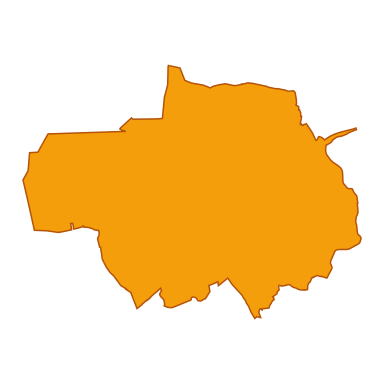 Vught, Noord-Brabant, Netherlands
{"feature_id": "6326949B95896723363367", "entity_name": "Vught", "entity_type": "district", "adm_level": 2, "iso_a3": "NLD", "parent_name": "Netherlands", "parent_adm1": "Noord-Brabant", "projection": "orthographic", "projection_center": [5.254, 51.651], "detail": "fine", "context": "isolated", "style": "filled", "palette": "amber", "viewbox_px": 384, "rotation_deg": 0, "n_neighbors": 0, "source": "geoboundaries", "source_scale": "gbopen_adm2", "svg_char_len": 5774}
<svg xmlns="http://www.w3.org/2000/svg" viewBox="0 0 384 384"><path d="M349.3,248.9L358.5,243.9L358.9,243.5L359.4,243.0L360.1,241.9L360.9,239.1L361.0,238.7L360.9,237.7L360.8,237.3L360.3,236.5L359.7,235.8L358.3,234.6L357.6,233.7L357.2,231.0L356.6,225.1L356.3,224.2L355.8,222.1L355.8,221.1L355.8,219.8L356.1,218.7L356.1,218.2L355.9,217.9L357.8,213.3L358.0,212.2L357.8,209.3L357.3,203.2L357.8,203.1L357.1,198.0L356.8,196.2L356.6,195.7L356.2,195.2L354.2,192.8L353.4,191.4L352.4,189.1L352.2,188.8L351.8,188.7L348.6,188.6L348.1,188.4L347.4,188.1L347.1,187.9L343.4,183.3L343.2,182.8L343.1,182.3L342.9,181.4L342.7,175.6L342.5,172.4L342.4,171.7L342.2,170.8L341.7,169.6L341.4,169.1L340.8,168.1L340.1,167.4L339.3,166.7L337.8,165.6L337.4,165.2L332.8,162.1L331.2,160.6L330.7,160.0L330.5,159.9L327.4,155.7L326.8,154.8L326.6,154.3L326.0,152.8L325.7,151.2L325.6,150.5L326.0,145.4L330.8,142.6L331.3,142.1L332.8,140.0L334.9,138.4L337.0,137.0L338.3,136.8L338.4,136.6L340.7,136.3L340.9,136.4L341.1,136.3L340.9,136.2L342.4,135.8L343.8,135.3L346.6,134.1L349.4,132.5L350.8,131.9L356.5,129.6L355.9,128.0L352.9,129.1L351.5,129.4L342.4,131.7L339.5,132.5L335.3,133.9L332.5,135.1L329.9,136.4L328.6,137.2L326.1,138.8L324.5,140.0L323.6,138.9L322.8,138.3L321.5,137.4L319.2,136.6L318.6,136.7L317.4,139.5L317.2,139.7L315.8,140.3L314.4,137.1L313.6,135.5L313.1,134.3L312.5,133.1L311.2,131.0L306.3,123.7L304.9,124.3L304.4,124.5L303.8,124.5L303.5,124.8L303.2,125.3L302.4,125.4L302.3,125.1L301.9,124.8L301.5,124.8L301.4,124.1L300.5,124.4L300.7,123.6L300.4,122.8L300.5,122.5L301.2,119.2L301.4,117.8L301.6,116.3L300.7,116.2L300.7,112.8L300.3,112.1L299.8,110.6L299.6,109.8L298.6,109.8L298.7,109.3L298.7,106.6L297.5,106.0L295.9,105.0L296.2,104.6L296.4,104.1L296.5,103.6L296.5,103.0L296.3,99.6L295.7,95.7L295.4,94.1L295.2,92.8L294.8,92.1L293.7,90.9L293.3,90.8L292.9,90.8L289.6,91.2L288.4,91.2L287.2,90.9L285.4,90.1L283.4,89.8L278.2,88.7L277.5,88.6L277.2,88.6L276.9,88.8L276.5,88.9L267.9,87.1L267.6,87.0L266.2,86.1L265.9,86.2L251.8,83.2L251.7,83.5L248.3,82.8L247.1,83.0L244.1,83.9L243.3,83.9L242.2,84.4L241.9,83.9L240.7,84.5L239.4,84.9L235.9,85.5L234.9,85.6L234.3,85.6L233.5,85.5L226.1,83.9L224.9,83.8L224.4,83.9L219.0,84.8L213.8,86.1L212.2,86.8L210.3,87.9L207.6,86.8L203.5,85.2L196.9,84.0L193.3,83.4L191.5,83.0L189.2,82.2L184.8,80.3L180.0,68.0L168.4,65.5L168.1,66.7L167.8,79.9L167.6,85.1L167.5,85.6L164.4,97.2L162.4,118.5L156.0,118.9L133.9,119.2L133.5,119.2L132.9,119.1L132.5,118.9L132.2,118.7L131.5,117.9L131.2,118.2L128.4,120.7L120.6,127.9L120.3,128.2L120.0,128.9L119.9,129.0L122.1,130.4L124.1,130.6L124.7,130.9L125.0,131.4L64.2,133.4L58.7,133.6L48.1,133.9L46.0,137.5L37.9,152.2L29.6,152.7L28.1,170.7L23.0,180.0L27.1,197.5L34.4,230.3L46.9,230.8L56.6,232.2L58.7,232.4L63.7,231.5L71.6,229.8L71.3,228.6L71.6,228.5L71.5,227.9L70.6,223.5L71.8,223.5L72.7,223.4L73.9,229.1L74.0,229.1L77.3,228.3L81.5,227.1L82.9,226.6L83.1,225.9L83.5,226.2L83.9,227.2L87.3,227.3L88.5,227.5L92.2,228.6L92.9,228.9L94.1,229.7L94.7,229.9L95.5,230.1L98.7,230.5L98.7,230.8L98.8,231.0L99.2,233.4L99.1,234.8L99.0,235.4L98.3,236.7L97.9,237.6L97.7,238.2L97.6,239.0L99.3,245.8L99.5,247.0L99.9,247.1L101.3,247.7L101.2,247.7L101.0,247.8L100.8,248.2L100.7,248.7L101.2,250.7L101.1,251.3L101.2,252.0L101.5,253.0L102.1,257.8L102.1,258.0L102.4,259.2L102.5,259.7L106.1,266.7L106.5,267.5L106.9,268.1L110.1,272.5L113.9,276.1L116.1,279.2L116.5,279.8L116.6,279.7L118.0,281.6L119.9,284.4L120.9,285.6L121.6,286.1L124.5,287.8L125.1,288.1L124.9,288.2L126.8,289.6L126.5,289.7L129.3,291.6L129.6,291.6L131.2,292.8L131.3,293.2L131.1,293.5L136.5,307.2L136.8,308.2L137.0,308.6L141.2,305.3L142.5,304.0L142.4,303.9L145.8,301.2L145.7,301.1L147.1,299.9L147.4,299.7L147.6,299.7L147.7,300.0L150.1,297.9L150.3,297.7L150.0,297.5L160.7,288.2L161.1,289.9L161.5,290.7L160.3,292.7L159.8,293.7L159.8,294.3L159.9,295.0L160.2,295.7L160.9,296.8L163.1,299.0L163.5,299.5L163.8,299.7L164.5,303.1L164.6,304.4L164.6,305.1L164.1,305.8L167.8,307.4L168.5,307.4L170.3,307.6L172.4,307.6L190.2,300.3L190.5,300.4L190.9,300.0L191.2,299.5L191.3,299.1L191.5,297.6L192.8,297.0L193.6,297.0L194.0,297.1L195.4,297.6L196.2,298.0L196.6,298.4L197.2,299.7L197.4,300.1L197.9,300.6L198.1,300.7L198.9,300.9L200.4,301.0L201.2,300.8L204.6,298.9L205.2,298.9L205.5,298.4L206.2,297.6L209.9,291.5L208.9,285.5L210.1,285.1L217.9,281.8L218.4,285.7L227.8,278.1L229.7,280.8L231.7,283.8L232.5,284.9L242.0,295.2L243.6,298.1L245.5,300.6L246.4,303.2L248.3,305.8L248.6,306.4L251.0,312.1L252.1,313.9L253.6,316.4L254.4,317.8L254.8,318.5L256.4,317.1L256.6,316.7L257.1,316.7L257.4,316.7L259.4,317.4L260.7,317.6L259.0,313.0L258.8,312.4L259.3,310.5L259.6,309.7L260.0,309.0L260.5,309.0L262.1,309.9L262.0,308.8L264.3,308.6L269.0,308.0L269.5,306.1L270.7,304.0L272.6,300.7L272.8,300.5L273.5,300.1L273.9,299.9L274.1,299.8L274.0,299.2L273.8,298.4L273.5,297.8L273.1,297.4L273.3,297.2L272.8,296.8L277.0,293.7L277.1,293.4L277.1,292.3L277.1,292.1L277.7,291.5L278.6,290.3L279.1,290.0L278.6,286.8L279.0,285.3L281.7,286.1L285.8,285.4L285.9,285.2L286.4,285.2L287.5,284.9L288.7,284.6L290.1,285.0L292.0,286.6L293.1,287.1L294.5,287.7L295.7,288.0L299.6,289.8L300.7,289.9L304.3,290.1L304.2,289.9L305.9,289.8L306.7,289.7L307.2,289.8L307.4,289.7L307.6,289.3L307.7,285.7L307.8,285.4L307.9,285.0L308.9,283.1L309.5,282.3L310.3,281.6L310.5,281.2L311.1,279.4L311.4,278.7L311.7,278.3L311.7,278.5L312.0,277.9L313.5,277.4L313.4,277.2L315.5,276.2L316.5,275.9L317.3,275.5L320.7,276.6L321.1,276.6L321.4,276.3L326.8,278.1L331.6,269.2L331.8,268.6L331.9,268.2L332.0,267.6L332.0,267.1L331.9,266.8L331.7,266.2L330.8,264.2L330.5,263.0L330.5,262.7L330.5,261.8L331.3,259.6L334.8,251.6L335.1,251.0L335.7,250.4L337.0,249.8L337.7,249.6L340.2,249.5L342.0,249.5L342.0,249.4L346.0,249.5L347.7,249.3L348.6,249.2L349.3,248.9Z" fill="#f59e0b" stroke="#b45309" stroke-width="1.5"/></svg>